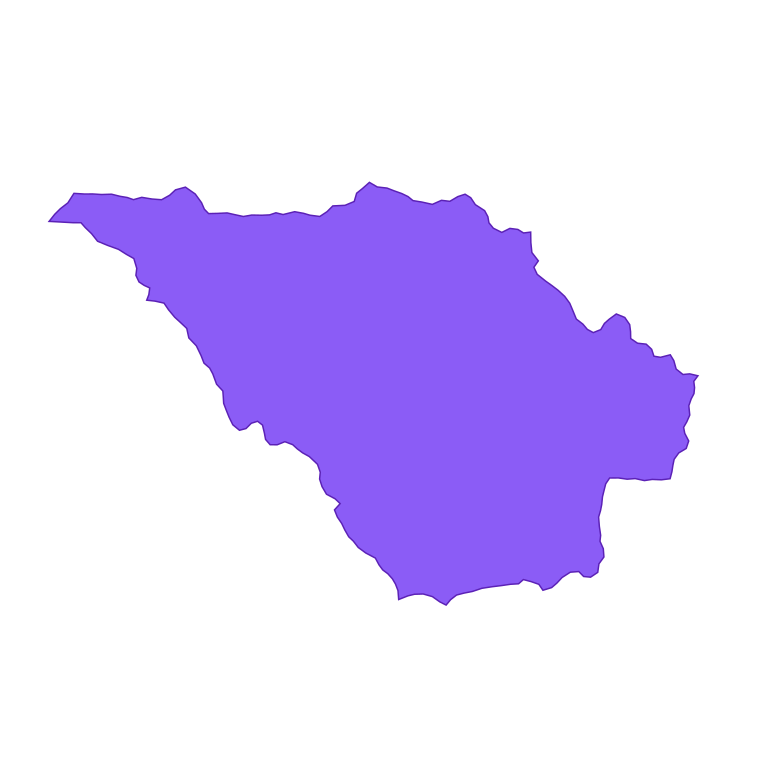 the district of Nova Módica, Minas Gerais, Brazil, rotated 263°
{"feature_id": "56859067B57192230716204", "entity_name": "Nova Módica", "entity_type": "district", "adm_level": 2, "iso_a3": "BRA", "parent_name": "Brazil", "parent_adm1": "Minas Gerais", "projection": "mercator", "projection_center": [-41.519, -18.438], "detail": "fine", "context": "isolated", "style": "filled", "palette": "violet", "viewbox_px": 768, "rotation_deg": 263, "n_neighbors": 0, "source": "geoboundaries", "source_scale": "gbopen_adm2", "svg_char_len": 2984}
<svg xmlns="http://www.w3.org/2000/svg" viewBox="0 0 768 768"><g transform="rotate(263 384 384)"><path d="M353.9,696.6L356.8,688.7L357.0,681.9L363.2,675.8L371.9,674.5L378.1,671.7L376.8,661.7L378.7,655.3L385.8,653.9L391.6,649.1L393.6,640.6L399.0,634.4L405.9,635.1L413.0,635.1L420.7,631.1L425.2,623.1L420.8,615.3L417.3,610.2L411.6,605.8L409.5,598.0L413.4,592.5L419.2,588.7L425.0,582.8L434.5,580.2L441.5,578.2L449.0,574.0L455.8,568.2L461.2,562.7L466.4,557.0L474.2,549.4L481.6,547.0L487.4,552.2L496.5,546.8L506.5,547.0L516.9,548.1L516.9,540.9L521.1,535.7L523.1,527.9L520.1,519.4L525.3,511.5L531.2,507.8L537.4,507.5L543.8,505.0L550.9,496.5L558.3,492.8L562.5,487.6L561.0,480.1L557.3,471.6L559.3,463.4L556.4,453.9L560.0,443.7L562.5,435.1L567.1,430.7L570.9,424.8L574.6,417.4L578.1,410.9L580.4,401.3L585.9,394.1L580.6,386.4L576.7,380.1L568.8,376.7L566.1,367.1L567.0,354.9L562.0,348.5L558.1,340.7L560.6,331.0L563.2,325.0L565.9,316.3L564.5,304.5L567.1,297.6L565.8,291.1L566.4,283.2L567.8,273.4L567.4,264.8L570.0,257.3L572.9,249.2L573.6,239.9L574.5,230.7L579.4,227.0L586.2,225.0L595.6,219.8L603.6,210.9L602.1,200.7L597.5,194.3L594.0,185.7L595.9,176.2L598.8,166.3L597.5,157.8L600.4,151.9L602.5,144.8L605.6,136.7L606.5,126.7L608.1,118.2L609.1,109.7L611.0,99.5L602.3,92.3L597.5,84.2L592.6,77.9L586.2,71.4L584.2,82.7L582.0,94.9L581.0,102.9L575.6,106.6L568.8,112.1L560.6,117.1L555.2,126.7L550.0,136.9L544.1,144.1L539.0,151.0L528.9,152.7L522.1,151.0L515.1,153.3L511.1,158.0L507.9,163.2L501.4,161.5L496.1,158.7L494.2,166.7L491.1,175.5L483.9,179.2L475.8,184.4L469.0,190.2L463.2,195.0L453.5,195.9L444.8,202.4L434.5,205.9L426.6,207.9L421.1,212.9L414.9,215.3L404.2,217.8L396.7,223.2L390.7,222.9L384.3,222.5L377.4,224.2L369.9,226.2L361.9,229.0L355.7,234.9L356.6,241.6L361.2,247.5L362.4,254.0L358.0,258.4L349.9,259.3L343.4,259.7L337.6,263.6L336.7,270.6L338.8,278.6L334.9,286.0L330.1,290.1L325.6,294.8L321.1,301.0L312.4,308.2L304.2,310.0L297.5,308.5L289.7,310.0L281.6,313.5L276.0,321.5L270.6,325.9L265.1,319.5L257.6,321.5L250.8,325.0L243.7,327.4L236.6,330.4L231.8,334.4L224.9,338.5L218.4,345.4L212.3,354.2L205.1,357.0L199.6,360.1L195.2,364.7L189.6,368.6L184.1,371.0L177.3,372.7L168.3,372.3L170.8,381.9L171.6,388.7L170.8,397.3L167.1,406.1L160.9,412.9L157.0,418.7L161.8,423.8L165.7,430.3L166.7,437.9L167.3,446.4L169.3,456.3L169.6,466.6L169.6,475.8L169.8,485.3L169.3,493.2L172.9,498.5L170.0,505.8L166.3,513.3L159.9,516.6L161.5,525.6L165.3,531.3L170.2,537.1L174.5,546.0L174.1,554.5L168.6,558.7L167.1,565.5L171.0,573.2L179.3,575.4L185.5,581.2L193.8,581.6L201.6,579.2L207.4,580.6L216.5,580.4L225.8,580.8L232.0,583.5L237.8,585.4L245.4,587.1L251.2,589.3L257.9,591.9L263.2,596.5L262.2,605.2L259.9,613.7L259.5,621.8L256.4,630.7L256.6,638.6L255.1,647.7L255.1,656.4L261.9,659.1L268.0,660.8L273.9,662.8L279.7,668.2L283.2,676.1L290.3,679.5L298.4,676.5L304.5,676.1L309.5,679.9L315.9,683.7L325.3,683.9L331.8,687.1L336.7,690.5L342.5,691.8L348.9,691.8L353.9,696.6Z" fill="#8b5cf6" stroke="#5b21b6" stroke-width="1.5"/></g></svg>